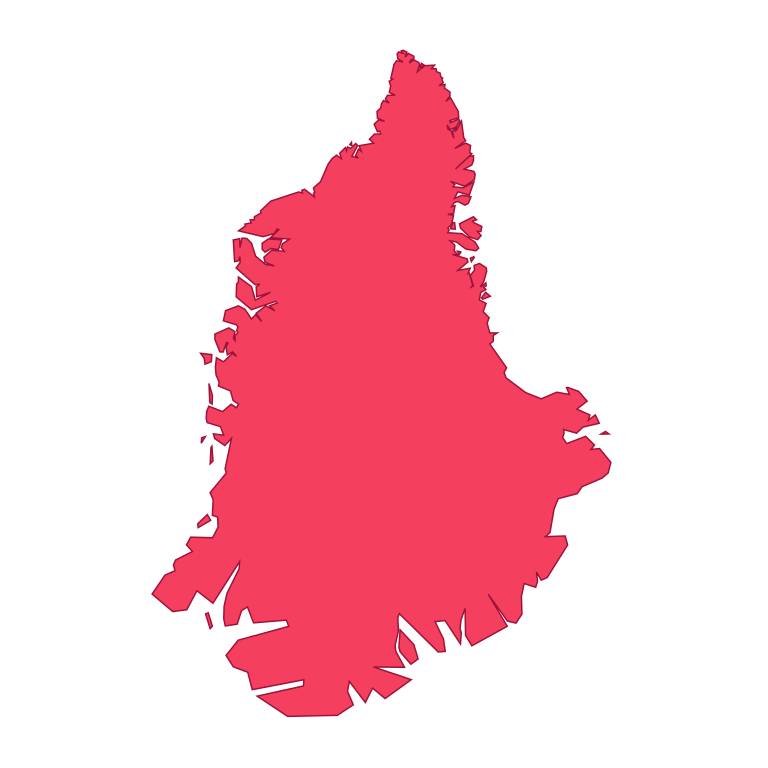 map outline of Greenland (Mercator projection), rotated 181°
{"feature_id": "GRL", "entity_name": "Greenland", "entity_type": "country or territory", "adm_level": 0, "iso_a3": "GRL", "parent_name": "North America", "parent_adm1": "", "projection": "mercator", "projection_center": [-41.68, 71.708], "detail": "fine", "context": "isolated", "style": "filled", "palette": "rose", "viewbox_px": 768, "rotation_deg": 181, "n_neighbors": 0, "source": "natural_earth", "source_scale": "50m", "svg_char_len": 6171}
<svg xmlns="http://www.w3.org/2000/svg" viewBox="0 0 768 768"><g transform="rotate(181 384 384)"><path d="M474.5,50.0L505.4,69.7L459.3,80.7L459.0,86.9L510.4,76.1L515.2,93.4L529.7,98.6L537.2,109.9L525.3,125.3L475.0,140.0L477.5,146.2L510.2,142.9L516.6,158.7L522.5,154.9L526.6,141.3L538.5,139.3L540.1,146.5L540.0,159.0L537.3,172.0L525.6,196.8L525.3,203.8L551.2,161.8L567.4,174.0L577.3,154.8L591.3,152.8L612.2,169.9L599.6,189.1L589.7,193.7L591.4,199.5L589.3,204.4L572.6,213.2L578.7,219.7L574.6,227.5L552.7,227.3L547.4,238.0L548.0,248.0L553.3,249.7L552.8,265.5L556.0,272.3L540.0,292.4L541.4,296.3L535.6,326.9L542.1,319.7L552.3,326.5L553.7,331.2L543.4,330.0L546.8,338.6L560.1,342.3L561.2,346.5L560.8,353.5L558.8,358.7L544.9,353.6L536.5,361.1L531.1,357.7L529.1,361.4L534.5,364.8L537.4,374.4L549.5,379.1L548.8,382.9L552.1,390.2L552.9,398.1L552.0,407.3L544.9,403.4L536.2,411.8L531.9,409.1L535.9,413.5L541.1,410.4L542.6,418.1L540.8,422.3L542.1,422.9L545.4,413.2L548.6,413.2L553.8,425.4L553.9,431.0L540.1,437.4L533.9,433.7L535.4,427.1L533.7,424.8L533.8,429.7L531.1,432.6L532.2,434.8L531.1,438.6L532.6,440.6L545.7,444.4L543.7,454.6L531.0,459.6L524.4,456.3L517.6,446.7L513.7,451.0L507.4,444.3L513.0,452.6L503.4,460.1L494.4,455.3L499.8,460.2L492.3,463.0L493.8,464.8L517.8,456.0L533.3,468.6L533.1,481.6L531.5,482.9L531.4,488.4L518.2,479.1L514.1,465.6L499.0,473.7L512.7,469.0L513.5,478.9L509.8,481.7L514.5,481.0L533.9,497.4L529.9,503.1L530.0,505.9L530.5,509.0L531.4,504.7L535.5,503.7L537.2,525.4L530.8,526.8L530.4,517.9L528.5,527.4L523.7,527.1L519.0,522.6L514.6,509.6L504.7,501.5L495.8,500.2L505.0,503.6L506.3,508.6L498.5,515.8L486.0,514.9L489.2,518.4L487.9,522.5L481.0,527.2L500.1,528.3L491.8,536.4L493.6,537.2L496.2,532.6L507.4,529.2L532.1,534.6L525.5,539.5L525.8,541.5L519.7,542.7L520.7,545.8L516.5,545.9L516.5,549.0L509.9,552.8L510.6,554.8L500.3,564.9L472.7,574.5L468.8,573.5L469.6,576.2L466.9,577.3L456.8,569.8L457.9,573.4L456.5,574.3L458.0,578.7L451.0,585.2L443.6,603.1L439.7,608.6L435.5,612.0L430.5,608.5L432.3,614.0L426.7,619.7L425.6,616.5L424.6,620.4L421.6,618.9L416.5,624.0L414.6,621.9L420.0,611.0L413.5,609.5L416.5,611.8L413.6,618.4L410.8,616.4L413.1,621.8L398.5,624.6L402.9,628.5L397.9,633.7L391.7,633.9L392.6,636.8L394.9,636.0L398.4,643.6L394.0,648.0L388.0,646.7L395.2,649.6L395.7,656.4L392.0,660.0L391.5,664.0L389.5,667.4L383.6,665.0L387.6,668.9L385.6,672.7L377.9,673.0L383.8,675.5L382.5,682.1L384.1,686.8L380.6,689.0L382.5,689.6L379.6,703.7L377.1,707.4L370.6,706.3L375.9,709.4L376.6,714.3L375.1,716.3L370.4,714.9L372.6,717.3L370.7,718.0L367.0,716.4L368.4,711.2L365.5,715.0L359.8,712.2L359.9,709.7L362.8,708.4L364.4,705.3L359.8,708.6L354.8,706.0L354.1,703.6L356.1,696.8L348.7,703.0L339.0,703.7L342.0,700.2L337.4,700.1L337.1,697.3L333.4,695.9L332.5,692.0L330.7,691.0L331.4,689.5L330.0,686.3L334.1,683.3L328.2,684.6L328.7,680.9L323.1,677.0L323.2,673.0L327.0,667.7L322.5,671.4L314.5,657.8L313.9,651.7L323.5,648.2L321.8,648.2L322.2,646.5L314.0,650.1L312.7,648.3L316.3,642.2L320.3,640.2L322.8,640.1L325.4,644.2L324.5,639.7L321.6,638.6L318.3,631.0L320.1,638.1L316.3,641.0L317.0,638.3L316.1,638.8L311.1,648.1L308.6,631.8L306.6,628.7L317.3,620.7L306.5,626.3L301.6,624.0L302.3,617.0L300.2,615.7L316.3,600.2L302.9,612.9L298.5,613.8L298.4,609.0L300.0,604.6L307.7,600.2L298.0,598.2L296.5,595.4L297.2,589.9L306.7,583.2L320.9,587.8L316.7,584.6L318.2,582.3L308.0,581.7L297.7,587.4L302.0,574.4L313.6,577.4L316.7,570.8L309.1,574.1L300.3,572.6L302.8,566.2L306.1,564.2L313.4,567.8L317.0,566.5L319.5,562.5L316.1,563.6L317.4,555.6L323.2,554.7L317.4,553.9L319.4,544.3L322.8,541.4L321.7,538.4L323.0,536.4L308.7,535.7L295.6,527.7L291.7,521.5L294.5,518.8L304.6,520.4L314.1,527.3L320.4,528.3L315.6,524.0L316.1,518.1L312.2,514.5L317.8,514.7L303.1,510.6L302.2,507.5L312.2,498.8L299.8,501.3L302.0,495.9L300.6,496.3L297.1,484.2L298.3,482.5L296.2,483.5L299.7,493.8L295.5,499.4L296.0,504.1L290.6,506.2L283.8,501.9L283.3,498.6L285.9,488.6L289.4,482.6L283.9,486.9L283.5,484.0L286.1,482.7L283.8,480.2L288.8,477.3L290.2,469.8L283.3,466.3L286.1,458.1L280.0,452.1L282.0,446.8L279.1,436.9L271.7,437.0L275.6,434.4L275.5,428.6L278.9,425.9L261.7,402.3L264.1,397.7L262.1,392.3L242.2,377.9L226.6,371.9L211.1,378.8L198.4,376.8L201.4,383.5L200.3,383.8L189.2,380.0L180.6,370.4L190.7,362.3L177.6,356.6L179.0,351.3L172.2,356.8L168.1,348.5L184.3,344.4L190.6,338.2L203.6,341.6L203.1,337.8L204.5,333.6L200.3,327.6L181.5,335.2L172.5,326.6L175.9,322.2L167.3,323.2L155.8,309.6L158.3,299.0L164.4,293.7L184.2,284.8L188.8,277.8L207.8,272.4L211.8,261.9L215.4,238.4L220.0,234.2L200.2,235.2L197.6,226.3L217.5,193.3L223.4,190.6L228.3,198.7L227.0,189.4L228.8,183.4L240.4,186.9L242.9,174.1L242.1,156.3L247.9,147.2L256.4,149.1L276.2,175.7L256.5,143.9L291.6,123.8L298.1,134.1L299.0,161.1L302.8,149.8L303.7,140.9L302.4,136.6L303.0,125.4L318.8,148.5L328.8,147.3L320.1,130.1L318.1,117.7L325.1,117.0L364.6,154.6L366.1,151.0L365.3,137.4L368.3,122.9L367.6,117.0L358.5,101.1L389.6,100.9L351.6,88.9L377.4,69.5L390.1,79.7L397.1,65.2L413.5,86.0L415.1,76.0L409.1,62.7L425.0,51.9L474.5,50.0ZM300.9,532.5L310.2,541.2L311.3,545.5L297.5,552.8L294.3,549.8L298.2,548.5L297.0,546.9L288.9,543.2L289.8,538.1L293.3,538.2L289.5,534.1L292.9,530.0L300.9,532.5ZM508.1,516.5L508.3,522.6L502.2,527.0L488.7,526.3L491.8,516.7L499.2,517.5L505.2,513.7L508.1,516.5ZM363.6,138.5L349.6,124.0L345.1,109.7L352.2,104.3L363.2,116.5L364.5,121.0L363.6,138.5ZM567.8,241.0L558.4,250.3L554.9,244.7L567.3,237.2L567.8,241.0ZM563.3,400.7L564.2,406.6L567.9,411.5L556.7,410.4L557.0,403.3L563.3,400.7ZM559.0,381.5L555.3,369.4L555.5,360.9L557.9,362.6L559.0,381.5ZM288.1,471.8L284.0,477.5L279.2,473.6L286.7,470.5L288.1,471.8ZM558.4,151.1L555.7,152.1L551.4,138.8L553.6,136.4L558.4,151.1ZM317.9,546.6L316.2,546.6L315.4,540.1L320.4,540.3L317.9,546.6ZM555.9,317.5L555.0,318.8L553.6,304.1L556.4,301.2L555.9,317.5ZM166.1,337.7L161.7,340.4L158.2,338.0L166.1,337.7ZM299.9,511.2L296.4,512.8L296.0,511.8L298.8,507.9L299.9,511.2ZM565.4,327.0L561.7,328.3L565.7,321.6L565.4,327.0ZM353.6,701.0L352.3,705.3L349.3,703.5L353.6,701.0ZM313.0,518.0L309.7,517.7L309.5,516.9L310.8,515.2L313.0,518.0ZM422.4,622.7L420.7,625.1L420.4,622.1L422.4,622.7Z" fill="#f43f5e" stroke="#9f1239" stroke-width="1.5"/></g></svg>